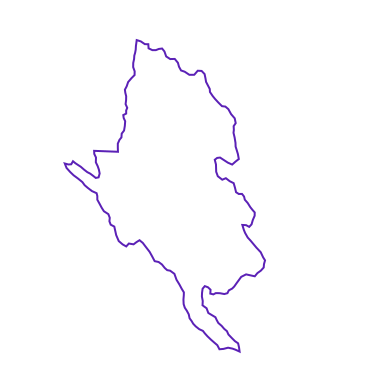 Jussari, Bahia, Brazil, rotated 315°
{"feature_id": "56859067B48740648537316", "entity_name": "Jussari", "entity_type": "district", "adm_level": 2, "iso_a3": "BRA", "parent_name": "Brazil", "parent_adm1": "Bahia", "projection": "robinson", "projection_center": [-39.507, -15.151], "detail": "fine", "context": "isolated", "style": "outline", "palette": "violet", "viewbox_px": 384, "rotation_deg": 315, "n_neighbors": 0, "source": "geoboundaries", "source_scale": "gbopen_adm2", "svg_char_len": 3037}
<svg xmlns="http://www.w3.org/2000/svg" viewBox="0 0 384 384"><g transform="rotate(315 192 192)"><path d="M271.6,174.2L274.3,170.1L274.7,164.6L276.3,159.1L276.0,155.2L273.9,152.5L273.9,147.3L274.1,142.4L274.5,138.7L275.4,134.0L277.4,131.7L278.6,127.9L279.8,124.1L281.8,121.3L284.3,117.5L284.4,113.2L281.8,110.3L276.5,110.7L273.0,107.3L271.9,101.8L270.2,98.3L271.4,94.2L273.4,90.7L273.9,85.7L270.6,82.6L269.6,77.9L271.9,73.1L272.3,69.4L269.7,67.4L266.7,66.1L264.3,63.7L262.9,59.7L265.6,56.6L263.2,54.1L262.3,49.3L260.3,45.5L258.1,47.2L255.7,49.0L252.9,51.5L250.3,53.3L247.6,54.8L245.1,57.0L241.7,59.2L238.7,62.1L236.8,66.1L234.1,68.7L229.6,68.7L224.6,69.1L220.5,71.1L216.9,72.2L215.0,74.7L213.2,77.7L210.4,80.4L207.2,82.9L205.7,86.7L203.1,87.8L200.9,90.0L197.8,89.0L196.0,91.4L194.8,94.7L191.2,97.8L187.4,100.5L183.6,101.0L180.7,103.5L177.7,103.8L173.8,105.3L170.8,108.3L168.1,111.2L151.9,93.7L149.8,96.0L148.5,99.7L145.0,103.0L143.6,107.0L142.0,110.3L139.8,113.6L136.3,115.6L133.9,114.0L133.5,110.5L133.0,107.0L132.0,103.9L131.5,99.9L131.2,95.5L130.5,92.2L129.9,89.2L129.6,86.1L126.2,87.0L124.1,85.2L122.2,81.9L120.3,86.3L120.0,91.8L120.1,96.5L120.9,101.8L121.5,107.5L120.9,111.3L121.2,115.3L121.9,120.6L123.7,125.4L122.2,127.9L119.6,130.5L118.3,135.0L117.0,139.3L116.1,143.3L117.2,148.5L115.6,152.1L112.9,154.3L111.4,157.6L112.6,161.5L110.5,164.8L107.9,168.9L105.5,174.9L105.9,180.0L107.0,184.0L110.9,183.8L113.7,187.7L117.4,188.2L120.8,189.0L121.2,193.2L120.6,197.5L119.7,204.4L118.3,209.3L116.7,214.5L118.9,217.9L119.5,222.0L119.0,226.5L119.2,229.7L120.9,232.2L121.7,237.4L119.0,243.1L117.7,248.5L116.3,253.1L115.3,257.2L113.2,259.2L109.8,262.1L106.8,265.4L105.1,268.7L104.4,272.2L103.2,276.2L101.0,279.6L100.5,282.9L99.7,286.0L99.6,289.6L100.1,294.1L101.5,297.9L101.1,301.1L100.9,305.0L101.0,309.9L101.3,314.6L101.6,318.2L100.2,322.6L103.3,325.2L107.4,327.6L109.9,331.4L111.2,334.2L112.8,338.5L115.4,335.1L117.6,331.6L116.9,327.8L116.9,323.5L117.0,318.5L118.3,315.1L118.0,311.5L118.3,307.6L118.0,303.2L118.9,300.1L120.0,297.1L119.1,293.5L118.0,289.1L120.1,284.5L119.3,279.6L122.5,276.7L125.1,272.9L127.8,270.4L131.1,267.9L134.5,267.6L135.9,270.6L136.0,274.2L133.1,276.8L134.7,279.5L137.3,280.3L140.1,283.2L142.7,287.0L145.5,288.6L148.5,287.6L152.1,288.7L155.0,288.7L159.1,288.0L163.6,287.3L166.8,286.8L172.0,288.5L174.8,292.9L176.8,296.0L180.9,295.6L185.1,296.3L189.3,296.1L191.9,293.9L195.3,292.0L196.1,288.5L198.0,283.2L198.2,277.0L198.6,272.5L199.0,268.0L199.2,263.6L200.6,258.5L201.9,255.4L204.3,250.9L206.8,253.7L207.8,257.1L211.2,257.0L215.2,254.8L219.5,253.1L221.9,250.8L222.1,247.6L222.5,244.0L223.6,239.2L223.9,234.8L225.6,232.0L226.0,228.7L223.7,226.5L223.0,223.3L225.4,219.4L227.7,215.2L226.3,211.0L225.7,206.2L222.1,204.7L221.4,199.1L223.4,194.8L228.4,189.5L230.9,185.3L233.9,185.7L236.2,187.5L237.2,192.3L238.1,196.6L239.8,201.0L244.5,201.3L248.4,201.8L251.3,197.6L253.5,193.5L254.9,190.8L257.5,188.0L260.6,183.7L263.2,179.5L265.5,177.7L268.0,174.9L271.6,174.2Z" fill="none" stroke="#5b21b6" stroke-width="2"/></g></svg>